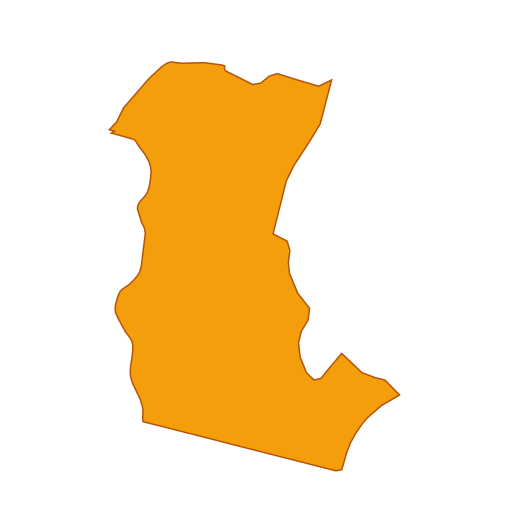 the border of Kaolack, rotated 14°
{"feature_id": "SEN-765", "entity_name": "Kaolack", "entity_type": "Region", "adm_level": 1, "iso_a3": "SEN", "parent_name": "Senegal", "parent_adm1": "", "projection": "equal_earth", "projection_center": [-15.993, 13.984], "detail": "fine", "context": "isolated", "style": "filled", "palette": "amber", "viewbox_px": 512, "rotation_deg": 14, "n_neighbors": 0, "source": "natural_earth", "source_scale": "10m", "svg_char_len": 1492}
<svg xmlns="http://www.w3.org/2000/svg" viewBox="0 0 512 512"><g transform="rotate(14 256 256)"><path d="M392.5,417.5L391.6,423.9L390.9,442.6L385.4,445.1L368.2,445.0L346.5,444.9L324.7,444.8L302.9,444.7L281.1,444.6L259.3,444.4L237.5,444.3L215.7,444.2L193.9,444.1L186.4,444.1L185.3,440.7L183.3,431.5L178.5,423.2L167.3,409.7L164.3,404.9L162.4,400.5L161.1,393.7L159.5,378.2L158.0,372.0L155.8,368.2L153.3,365.6L147.8,361.3L136.6,349.1L133.1,344.4L131.9,340.3L131.5,336.3L131.7,329.4L132.1,326.1L132.9,322.9L134.9,319.9L140.0,314.2L144.0,307.4L145.7,303.8L146.9,300.1L147.2,296.5L147.1,292.9L143.1,260.6L140.9,255.8L136.6,250.7L129.4,238.6L129.2,234.7L130.3,231.2L134.0,224.2L135.2,220.5L135.6,215.4L135.3,209.4L133.8,199.1L131.6,194.0L129.2,190.2L124.3,184.9L114.2,176.4L112.3,174.4L110.4,172.9L108.4,172.4L85.9,171.7L88.5,169.2L83.1,169.0L83.1,168.9L88.2,160.1L91.7,144.2L109.2,109.8L118.9,94.9L122.8,90.6L126.3,88.3L137.6,86.9L158.7,81.0L176.7,78.9L179.8,79.2L179.9,81.6L181.7,83.7L211.4,90.4L218.8,87.1L225.3,78.3L232.6,73.9L249.7,75.0L275.7,76.1L286.8,66.9L286.3,112.5L279.9,133.0L271.0,158.7L267.2,175.8L267.2,206.6L267.2,230.5L282.5,234.0L287.6,242.5L288.9,254.5L292.7,264.8L305.4,281.9L320.7,293.9L322.0,305.8L318.2,317.8L318.2,329.8L323.3,343.5L333.4,357.2L342.4,362.3L348.7,358.9L355.1,345.2L362.7,329.8L386.9,343.5L400.9,345.2L411.1,345.2L428.9,356.1L414.1,370.5L403.2,386.0L399.3,394.0L395.7,403.9L392.9,414.3L392.5,417.5Z" fill="#f59e0b" stroke="#b45309" stroke-width="1.5"/></g></svg>